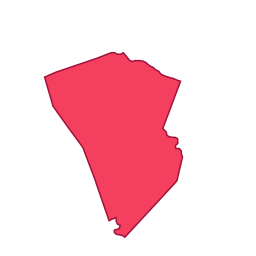 outline of Salgado, Sergipe, Brazil, rotated 326°
{"feature_id": "56859067B23037122436580", "entity_name": "Salgado", "entity_type": "district", "adm_level": 2, "iso_a3": "BRA", "parent_name": "Brazil", "parent_adm1": "Sergipe", "projection": "orthographic", "projection_center": [-37.463, -11.064], "detail": "fine", "context": "isolated", "style": "filled", "palette": "rose", "viewbox_px": 256, "rotation_deg": 326, "n_neighbors": 0, "source": "geoboundaries", "source_scale": "gbopen_adm2", "svg_char_len": 940}
<svg xmlns="http://www.w3.org/2000/svg" viewBox="0 0 256 256"><g transform="rotate(326 128 128)"><path d="M64.3,216.8L103.5,207.6L114.6,205.0L138.9,199.2L157.0,182.5L157.7,179.4L159.4,176.7L158.9,173.5L156.2,172.0L157.3,169.1L160.6,168.7L163.2,164.6L161.9,162.2L158.9,160.0L157.0,157.8L156.2,155.5L157.5,152.9L156.6,147.8L169.1,139.0L197.7,118.6L196.1,116.7L194.4,114.2L193.1,112.0L191.2,110.1L189.2,107.5L187.1,104.8L185.3,101.4L185.2,98.0L183.3,95.1L182.9,92.2L181.2,89.5L180.1,86.5L179.6,84.0L177.9,81.0L175.9,79.1L173.8,77.6L171.5,76.0L168.6,75.2L167.0,72.6L166.9,69.9L166.7,67.4L166.2,62.9L163.0,62.7L160.4,60.8L158.9,58.0L156.0,56.1L142.0,53.0L99.0,41.3L87.3,39.2L80.0,61.9L78.0,68.2L78.8,96.7L79.7,118.8L71.7,152.7L70.7,156.0L60.5,194.3L64.2,194.7L67.8,195.6L66.1,198.8L65.5,201.8L67.2,204.4L64.0,206.5L59.5,205.0L58.3,207.2L58.9,209.6L61.3,211.9L63.5,214.4L64.3,216.8Z" fill="#f43f5e" stroke="#9f1239" stroke-width="1.5"/></g></svg>